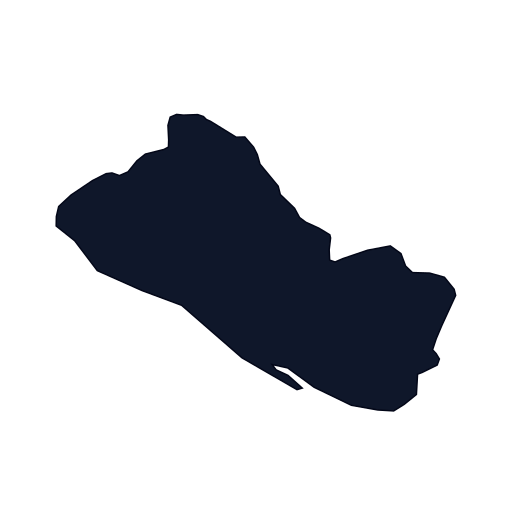 outline of El Salvador, rotated 12°
{"feature_id": "SLV", "entity_name": "El Salvador", "entity_type": "country or territory", "adm_level": 0, "iso_a3": "SLV", "parent_name": "North America", "parent_adm1": "", "projection": "natural_earth1", "projection_center": [-88.816, 13.798], "detail": "fine", "context": "isolated", "style": "filled", "palette": "ink", "viewbox_px": 512, "rotation_deg": 12, "n_neighbors": 0, "source": "natural_earth", "source_scale": "50m", "svg_char_len": 1050}
<svg xmlns="http://www.w3.org/2000/svg" viewBox="0 0 512 512"><g transform="rotate(12 256 256)"><path d="M179.1,132.8L183.4,133.7L211.9,143.9L220.3,141.9L231.1,150.1L236.2,156.5L240.8,165.3L263.2,183.1L267.0,190.8L283.8,201.3L290.6,209.3L297.7,212.6L311.7,215.7L323.8,219.9L325.2,222.8L326.3,234.7L328.9,244.7L334.6,245.4L341.5,240.5L364.0,227.1L385.3,218.2L397.3,223.5L404.4,234.7L412.5,239.7L429.4,236.6L444.7,237.6L456.7,247.3L459.5,253.0L452.2,285.4L449.5,299.3L448.2,311.0L452.6,314.1L456.8,318.6L455.9,325.0L442.7,335.4L438.6,338.0L441.7,358.1L431.9,370.2L422.9,378.9L407.1,381.3L380.4,382.2L340.1,372.3L310.3,358.9L294.3,358.8L299.4,363.2L312.1,366.1L328.7,375.6L323.9,378.2L263.4,358.5L193.5,319.7L151.7,313.5L103.8,303.3L75.5,278.8L54.3,268.2L52.5,258.9L52.7,248.6L62.4,234.8L80.4,216.2L92.3,206.6L97.9,204.7L105.7,205.7L113.3,200.3L119.8,187.5L126.6,179.3L143.8,170.9L147.7,167.6L146.4,160.5L142.7,146.5L143.2,138.0L148.9,134.0L155.6,133.3L169.6,129.8L175.6,130.5L179.1,132.8Z" fill="#0f172a" stroke="#020617" stroke-width="1.5"/></g></svg>